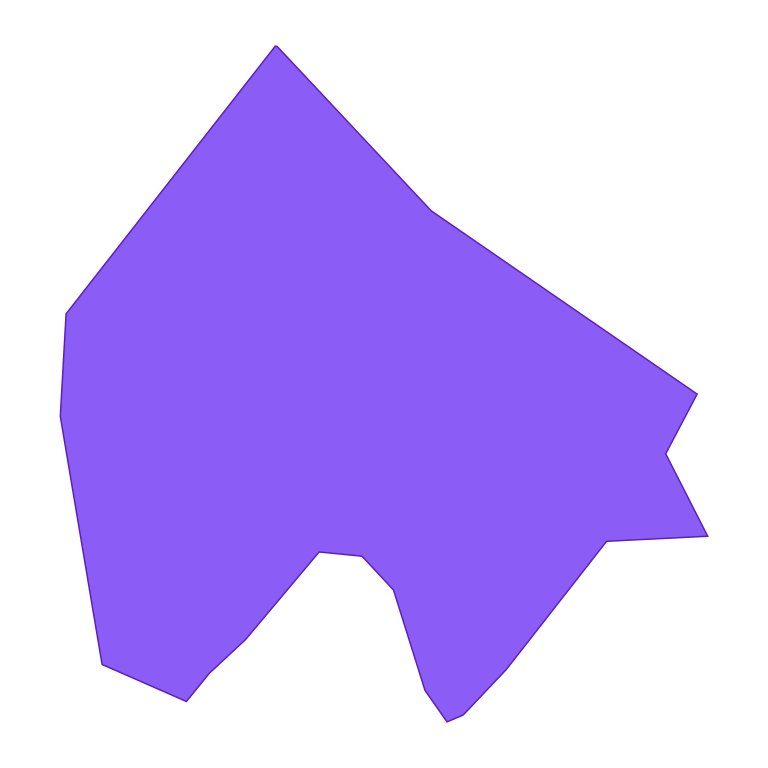 an SVG outline of Radenci
{"feature_id": "SVN-930", "entity_name": "Radenci", "entity_type": "Municipality", "adm_level": 1, "iso_a3": "SVN", "parent_name": "Slovenia", "parent_adm1": "", "projection": "albers", "projection_center": [16.055, 46.625], "detail": "fine", "context": "isolated", "style": "filled", "palette": "violet", "viewbox_px": 768, "rotation_deg": 0, "n_neighbors": 0, "source": "natural_earth", "source_scale": "10m", "svg_char_len": 380}
<svg xmlns="http://www.w3.org/2000/svg" viewBox="0 0 768 768"><path d="M102.1,664.5L60.3,416.3L66.1,313.8L275.3,46.1L277.2,46.5L431.3,210.9L697.1,394.1L665.7,453.8L707.7,536.2L606.6,541.3L506.4,669.4L463.2,715.0L447.0,721.9L425.0,690.4L393.5,590.0L362.0,556.2L319.1,552.0L245.6,639.5L209.3,673.3L186.4,701.5L102.1,664.5Z" fill="#8b5cf6" stroke="#5b21b6" stroke-width="1.5"/></svg>